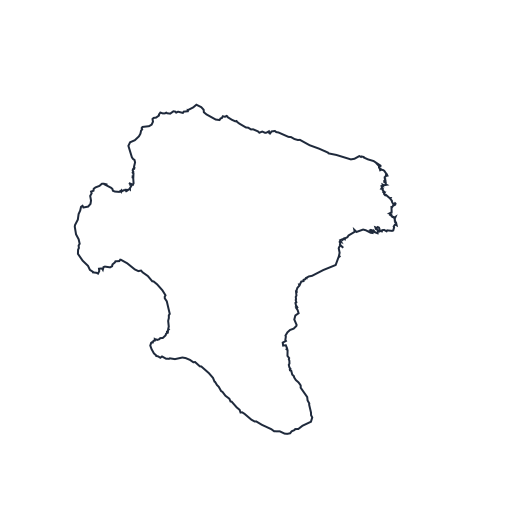 Siquijor, Siquijor, Philippines, rotated 151°
{"feature_id": "2640588B8507173896697", "entity_name": "Siquijor", "entity_type": "district", "adm_level": 2, "iso_a3": "PHL", "parent_name": "Philippines", "parent_adm1": "Siquijor", "projection": "equal_earth", "projection_center": [123.577, 9.198], "detail": "fine", "context": "isolated", "style": "outline", "palette": "slate", "viewbox_px": 512, "rotation_deg": 151, "n_neighbors": 0, "source": "geoboundaries", "source_scale": "gbopen_adm2", "svg_char_len": 6151}
<svg xmlns="http://www.w3.org/2000/svg" viewBox="0 0 512 512"><g transform="rotate(151 256 256)"><path d="M363.1,393.8L365.3,393.5L366.5,391.9L369.0,392.3L369.4,390.5L371.9,388.9L373.4,384.5L375.5,381.8L378.9,380.6L383.4,382.1L383.4,384.0L385.2,383.8L387.8,380.9L390.8,378.7L394.2,374.2L399.3,370.8L400.3,369.5L402.9,362.2L403.0,356.6L404.3,352.2L406.1,351.1L407.0,348.9L408.6,347.7L410.7,344.2L409.9,336.0L407.7,328.8L408.0,324.4L406.3,321.2L406.5,320.7L403.6,318.6L402.7,317.2L400.4,318.8L399.5,321.0L397.4,320.1L396.6,319.3L396.6,318.3L394.8,320.2L393.3,320.0L389.1,316.8L386.8,316.8L385.6,318.2L382.5,318.8L381.5,319.5L378.0,317.8L376.5,318.6L376.0,318.2L372.2,312.1L368.5,303.0L366.2,299.8L363.6,299.0L363.1,296.7L360.3,290.9L359.0,284.2L357.9,283.4L356.2,279.1L354.5,271.4L354.2,265.5L355.6,264.6L356.3,263.2L356.0,259.6L359.5,247.2L361.0,246.4L362.3,244.0L364.3,241.8L366.5,236.6L368.2,234.7L367.9,234.1L368.9,233.8L370.1,232.0L370.7,232.7L371.3,231.7L372.5,231.5L373.6,230.4L377.3,229.5L379.6,230.6L380.9,230.1L383.1,230.5L384.0,231.7L384.8,231.4L385.0,232.1L385.6,231.1L386.8,231.5L388.3,230.4L388.8,231.0L389.8,230.9L391.9,228.9L392.5,225.2L392.5,220.3L391.5,217.4L391.7,216.9L390.3,215.7L389.0,213.4L386.9,213.7L384.5,209.8L381.8,208.2L381.0,208.3L376.9,205.1L369.6,202.9L367.0,200.8L364.1,197.1L362.3,193.4L360.7,192.8L358.6,186.7L357.4,185.9L354.0,176.4L352.7,170.2L353.2,166.2L352.8,165.7L352.7,162.1L352.0,159.7L352.0,154.8L351.2,153.4L350.5,148.6L348.5,144.1L348.8,141.1L347.9,140.4L346.3,133.0L344.9,129.4L345.4,126.6L343.9,126.0L342.6,123.6L339.4,115.1L337.4,111.9L336.0,111.2L332.7,105.5L326.5,97.0L325.1,93.9L320.2,91.1L317.1,86.8L314.9,85.3L312.1,84.4L309.8,85.4L306.8,85.1L305.6,85.6L302.9,84.2L297.6,85.0L288.3,84.4L285.1,87.5L285.0,90.1L283.8,92.4L281.6,100.2L280.9,101.2L280.9,104.7L279.6,107.8L280.8,119.2L279.8,120.8L279.7,121.8L280.1,124.9L281.3,128.2L281.5,131.4L281.1,132.4L281.8,134.7L280.8,138.6L281.7,139.5L281.4,140.4L280.6,140.7L280.8,142.3L280.1,144.9L278.9,145.7L277.6,148.2L277.4,149.7L276.5,150.6L276.9,153.4L274.0,158.4L274.5,159.7L273.6,160.1L273.2,163.5L275.7,164.5L274.6,167.3L271.0,167.2L271.0,168.4L269.0,171.0L268.8,172.1L265.5,174.0L262.1,174.8L258.3,174.2L254.7,175.2L253.9,176.0L253.3,181.9L250.4,184.9L246.5,185.3L245.8,188.5L246.0,190.8L245.1,190.9L245.6,192.0L244.8,192.1L245.0,193.3L244.3,195.8L243.2,195.9L242.6,198.3L241.9,198.8L241.1,200.9L239.8,201.8L238.2,205.5L237.7,205.1L237.2,206.3L235.2,208.1L232.3,209.1L232.1,210.2L231.4,209.8L228.8,211.7L226.6,211.0L225.9,212.1L224.4,211.8L223.1,212.5L222.5,212.0L222.1,212.5L219.7,212.5L216.6,211.5L203.9,211.1L190.7,209.5L184.1,215.2L183.3,215.5L182.7,214.2L183.3,216.0L181.3,218.3L179.9,222.7L178.9,223.5L177.0,224.5L175.7,220.9L177.1,225.2L176.3,226.0L176.0,227.8L175.1,228.2L174.7,227.5L174.7,229.0L172.5,228.8L172.4,228.1L170.4,228.7L170.1,227.6L169.3,228.3L167.0,228.1L165.1,229.1L157.9,229.3L157.3,231.2L156.4,228.3L149.5,227.2L147.5,225.3L144.5,220.8L142.9,219.6L142.0,221.2L143.3,221.8L143.1,222.2L143.6,223.2L143.0,223.2L142.5,222.7L142.7,222.1L140.8,221.5L140.5,219.8L140.8,219.5L138.6,216.9L137.1,218.9L137.4,221.0L138.0,221.5L137.7,223.2L136.6,221.9L135.5,222.3L134.7,221.2L135.0,219.3L136.2,218.6L136.0,217.6L135.2,217.7L134.0,216.5L133.1,217.4L131.3,216.7L129.8,214.3L128.8,214.8L124.8,212.0L123.6,211.8L121.4,214.0L121.3,215.0L119.5,216.0L118.9,216.0L118.1,214.7L117.3,217.4L117.9,218.0L117.4,218.9L117.6,219.5L117.0,220.1L116.9,221.1L115.0,222.6L116.5,222.5L117.0,222.9L116.9,223.6L117.8,224.0L118.1,225.2L117.8,225.5L118.6,226.7L118.0,226.9L118.6,227.3L118.5,227.8L118.1,227.4L117.9,227.9L118.6,228.5L116.1,228.6L113.8,233.1L113.3,232.7L111.8,233.5L109.4,233.4L108.6,234.2L108.8,234.8L110.4,234.0L110.8,234.7L110.8,237.6L110.4,238.4L110.8,241.0L110.2,241.4L111.0,241.8L112.7,246.4L113.5,246.4L113.7,247.0L113.9,248.2L112.8,249.0L113.4,249.2L113.7,250.2L112.9,250.5L113.3,252.0L112.6,253.2L113.8,254.1L112.7,254.7L112.0,254.1L112.6,254.7L112.4,255.5L111.7,255.3L112.1,256.3L110.8,256.3L110.6,257.0L109.9,255.9L107.3,255.0L107.8,255.8L106.9,257.4L107.6,258.1L106.9,258.5L107.7,258.9L107.5,259.5L105.8,260.2L105.5,259.8L105.8,261.3L105.3,262.5L104.0,262.8L103.0,263.9L102.7,262.8L102.1,262.6L102.0,263.9L101.3,263.7L102.1,264.1L102.5,268.2L103.0,269.3L104.4,270.7L105.8,270.8L105.6,271.7L104.9,272.1L105.6,273.6L104.8,275.1L105.0,275.9L103.5,274.4L103.3,274.7L107.1,282.0L111.3,286.3L113.9,289.8L113.8,290.4L115.5,291.9L116.1,291.7L117.2,293.3L122.7,293.3L126.2,294.5L136.7,305.4L142.8,310.6L142.9,311.5L148.8,319.3L155.4,326.9L161.3,336.3L163.1,337.1L165.7,339.7L167.7,343.0L169.9,344.5L176.5,353.2L178.2,354.5L178.9,356.2L182.0,357.4L184.4,356.3L184.8,357.0L184.3,358.8L187.0,358.8L188.3,359.3L190.2,361.8L193.3,362.2L193.9,364.1L197.1,368.2L199.0,369.1L200.6,372.0L202.5,373.3L206.4,379.9L207.5,382.4L207.6,383.5L208.8,383.8L211.1,386.9L213.5,391.2L213.4,392.1L213.8,392.8L215.6,392.8L217.3,394.3L219.0,393.2L220.3,393.5L222.0,392.6L225.1,394.9L230.7,403.9L231.9,407.0L230.9,409.3L231.7,412.7L234.8,417.2L238.9,416.4L244.7,416.6L245.0,416.2L245.2,416.6L245.8,415.8L249.2,417.3L250.6,416.6L254.2,420.0L256.3,420.1L256.5,421.3L258.1,422.6L262.0,422.1L264.5,423.9L265.0,424.9L266.6,424.9L268.5,426.0L270.1,427.8L272.3,426.8L272.8,425.9L276.3,425.5L278.6,426.4L280.1,426.0L281.0,423.4L283.6,421.5L286.6,421.4L292.7,423.9L294.0,423.3L294.2,421.9L295.7,421.4L297.8,419.0L300.4,417.4L305.8,416.0L311.0,416.5L314.2,414.2L316.7,402.5L316.5,400.5L315.7,398.9L316.4,396.5L319.7,392.9L319.5,392.2L320.3,391.3L321.2,391.7L322.3,390.8L322.5,389.0L323.1,388.9L323.0,389.3L323.5,388.7L323.2,387.5L325.1,384.4L325.5,385.1L325.9,384.5L325.5,383.9L327.8,379.0L329.1,378.0L331.8,381.4L331.0,380.1L331.4,379.4L330.8,379.1L330.6,378.0L333.3,376.5L333.9,375.4L334.1,376.0L336.5,375.7L336.3,376.1L337.4,376.8L337.4,375.8L338.1,375.7L338.2,376.8L339.7,377.6L341.6,377.6L341.7,378.4L342.3,377.9L342.2,378.5L342.9,378.7L343.3,377.8L343.3,378.6L343.6,378.0L344.9,378.6L348.2,380.8L349.5,382.4L349.1,384.3L349.6,385.8L354.1,392.6L352.3,390.6L352.0,391.1L354.2,393.1L355.8,393.9L358.9,393.2L363.1,393.8Z" fill="none" stroke="#1e293b" stroke-width="2"/></g></svg>